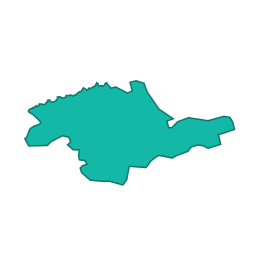 the district of Kochkor, Naryn, Kyrgyzstan, rotated 342°
{"feature_id": "92254566B91475700804664", "entity_name": "Kochkor", "entity_type": "district", "adm_level": 2, "iso_a3": "KGZ", "parent_name": "Kyrgyzstan", "parent_adm1": "Naryn", "projection": "mercator", "projection_center": [75.232, 42.072], "detail": "fine", "context": "isolated", "style": "filled", "palette": "teal", "viewbox_px": 256, "rotation_deg": 342, "n_neighbors": 0, "source": "geoboundaries", "source_scale": "gbopen_adm2", "svg_char_len": 3568}
<svg xmlns="http://www.w3.org/2000/svg" viewBox="0 0 256 256"><g transform="rotate(342 128 128)"><path d="M39.3,80.3L38.3,81.6L39.3,83.0L41.8,85.8L44.0,89.7L46.5,94.7L46.7,95.5L45.3,97.0L43.3,97.2L40.1,97.1L38.6,97.4L35.0,98.3L33.5,99.6L32.6,100.7L29.2,105.1L27.9,106.0L26.6,106.3L28.1,114.4L45.9,119.7L50.6,117.2L63.1,115.1L68.9,118.4L69.1,123.7L65.3,125.3L69.2,131.9L74.9,133.7L72.2,139.8L72.0,143.3L77.1,145.7L77.7,149.8L72.9,149.9L70.1,151.4L70.1,152.0L70.1,156.0L70.3,156.4L75.9,165.9L88.1,171.2L93.6,172.7L105.6,180.6L110.8,176.7L117.3,164.8L133.0,171.2L139.6,166.4L146.2,164.0L149.2,163.7L160.7,170.2L165.8,169.2L177.8,168.7L182.1,165.6L189.1,165.7L194.1,168.2L198.0,172.1L211.1,172.1L211.9,162.3L228.9,162.3L229.4,154.8L228.2,149.4L222.8,146.5L206.3,145.8L188.7,136.9L177.3,137.4L169.6,141.3L166.7,140.1L167.2,133.4L173.9,133.2L163.3,119.7L157.3,99.5L157.0,90.4L150.3,85.6L144.0,85.2L143.5,94.1L138.3,94.6L129.0,85.2L124.2,84.9L122.3,80.7L121.7,78.4L121.3,78.6L121.0,78.6L120.7,78.5L120.2,78.7L119.8,78.7L119.8,79.4L119.4,79.6L119.1,79.9L118.6,80.1L118.1,80.1L117.7,80.3L117.3,80.1L116.8,80.2L116.0,80.1L115.7,79.6L115.6,79.3L115.3,79.1L115.2,79.1L114.9,79.3L114.7,79.5L114.2,79.6L113.7,79.6L113.3,79.2L113.1,78.9L112.9,78.7L112.9,77.8L112.7,77.4L112.8,77.2L113.2,77.1L113.1,76.6L113.0,76.3L112.9,76.2L112.7,76.0L112.2,75.4L112.1,75.8L111.9,76.0L111.6,76.1L110.9,76.6L109.7,78.0L109.3,78.2L108.7,77.8L108.3,78.2L108.1,78.3L107.6,78.5L107.3,78.2L107.1,78.1L106.5,78.2L106.3,78.5L106.1,78.6L105.5,78.7L105.0,78.9L104.5,78.8L104.0,78.4L103.6,78.0L103.4,78.0L103.1,78.0L102.7,78.3L102.5,78.6L102.1,78.7L102.0,79.1L101.8,79.4L101.5,79.6L101.2,79.6L100.6,79.3L100.6,79.1L100.2,78.7L99.9,78.1L99.6,77.8L99.2,77.3L98.8,76.9L98.3,76.4L98.0,76.0L97.5,76.5L97.2,76.6L96.4,77.4L95.9,77.6L95.7,78.1L95.4,78.4L95.2,78.7L94.8,78.6L94.3,78.7L94.1,78.6L93.8,78.8L93.4,78.6L93.1,78.5L92.6,78.7L92.5,78.8L92.1,79.0L91.6,78.9L90.9,79.1L90.3,79.5L89.9,80.0L89.6,79.9L89.2,79.8L88.7,80.3L88.4,80.5L88.2,80.6L87.9,80.4L87.5,80.4L87.2,80.4L86.9,80.1L86.5,80.5L85.8,80.7L85.2,80.3L85.0,79.9L84.1,79.4L83.4,78.7L83.0,78.8L82.1,78.8L81.8,78.9L81.1,78.8L80.6,78.5L80.4,78.4L79.8,78.1L79.1,78.1L78.4,78.9L78.4,79.2L77.7,79.5L77.4,79.4L77.2,79.5L76.6,79.5L76.3,79.4L75.9,79.5L75.7,79.4L75.3,79.4L75.1,79.3L74.7,79.0L74.6,78.9L74.0,78.6L73.9,78.6L73.6,78.2L73.4,77.5L72.5,77.3L72.2,76.9L71.8,77.0L71.5,77.1L70.7,76.8L70.8,77.2L70.7,77.3L70.3,77.5L70.2,77.8L70.2,78.0L69.7,78.3L69.6,78.6L68.9,79.0L68.5,79.0L68.4,79.5L67.9,80.0L67.7,80.2L67.4,80.0L66.9,80.0L66.4,80.1L65.4,79.9L65.1,80.2L64.8,80.2L64.6,80.3L64.3,80.3L63.9,80.1L63.3,79.7L63.0,79.2L62.8,78.8L62.1,78.0L62.3,77.6L62.2,77.2L61.9,77.0L61.6,76.9L61.1,76.9L60.4,76.7L60.2,76.8L60.0,77.9L59.9,78.2L59.6,78.3L59.2,78.3L58.9,78.2L58.6,78.2L58.4,78.4L57.9,78.6L57.9,78.8L57.6,79.5L56.5,79.8L55.6,79.8L55.1,79.6L53.9,78.9L53.8,79.0L53.5,78.8L53.3,78.5L52.3,78.1L52.2,78.2L52.2,78.3L51.7,78.3L51.5,78.2L51.4,77.9L51.1,77.7L50.8,78.4L50.7,78.6L50.3,78.7L49.9,78.7L49.9,78.9L49.7,79.3L49.0,79.5L48.9,79.5L48.5,79.6L48.2,79.5L48.1,79.3L47.9,79.2L47.8,78.8L47.7,78.9L47.4,78.7L47.1,78.5L46.8,78.7L46.5,78.8L46.3,79.0L46.2,79.2L45.9,79.1L45.6,79.1L45.4,79.2L45.2,79.2L45.0,79.5L44.9,79.8L44.6,79.8L44.4,79.8L44.3,79.7L44.2,79.7L43.9,79.5L43.9,79.4L43.6,79.4L43.5,79.7L43.4,79.8L43.2,80.0L43.0,79.9L42.6,79.8L42.5,79.6L42.3,79.6L42.2,79.6L41.8,79.6L41.7,79.7L41.7,79.8L41.4,79.8L41.3,79.7L41.2,79.7L40.9,79.7L40.6,79.7L40.5,79.8L40.4,79.8L40.2,79.9L39.9,80.0L39.6,80.0L39.3,80.3Z" fill="#14b8a6" stroke="#0f766e" stroke-width="1.5"/></g></svg>